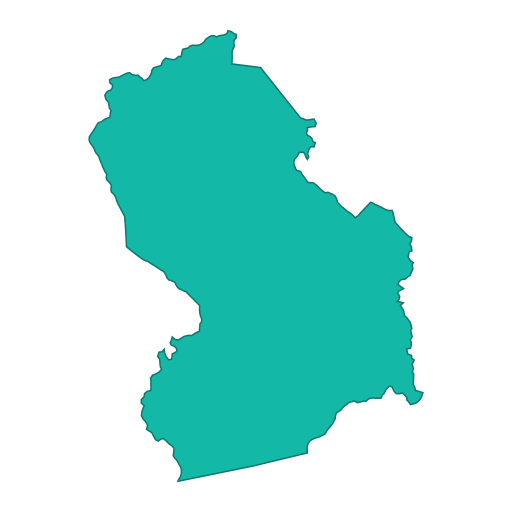 Epitaciolândia, Acre, Brazil
{"feature_id": "56859067B4079075942971", "entity_name": "Epitaciolândia", "entity_type": "district", "adm_level": 2, "iso_a3": "BRA", "parent_name": "Brazil", "parent_adm1": "Acre", "projection": "robinson", "projection_center": [-68.621, -10.879], "detail": "fine", "context": "isolated", "style": "filled", "palette": "teal", "viewbox_px": 512, "rotation_deg": 0, "n_neighbors": 0, "source": "geoboundaries", "source_scale": "gbopen_adm2", "svg_char_len": 4824}
<svg xmlns="http://www.w3.org/2000/svg" viewBox="0 0 512 512"><path d="M152.7,375.0L150.5,378.1L151.0,381.2L150.9,384.1L151.0,387.9L150.7,390.6L147.1,391.4L144.6,393.5L144.1,396.7L141.3,399.6L141.3,403.1L144.3,405.7L143.0,408.5L141.9,411.8L141.4,415.6L143.0,418.9L145.7,421.7L147.6,425.5L146.5,429.3L148.8,430.8L151.7,432.6L153.7,436.3L155.4,439.6L158.4,441.1L160.6,439.2L163.4,438.6L165.9,440.6L167.5,442.3L169.4,444.2L171.5,445.4L174.0,448.2L173.7,452.3L173.2,455.7L174.8,458.2L176.5,459.8L177.8,462.0L179.0,464.2L180.5,466.8L181.4,469.7L181.3,473.4L180.5,476.8L179.1,478.6L177.9,481.3L253.4,465.9L307.4,452.9L307.1,449.4L307.2,446.0L308.2,443.5L309.6,441.4L311.8,439.5L315.5,438.0L319.6,436.8L322.8,435.2L325.0,433.9L327.2,430.3L329.0,427.9L331.1,425.7L333.0,422.9L335.2,418.7L335.7,414.7L336.8,412.4L339.1,411.3L341.1,409.7L342.9,407.4L345.8,405.1L349.4,402.2L352.1,401.7L354.3,400.8L357.5,402.7L360.7,402.0L363.2,401.1L365.7,401.4L368.7,398.8L372.4,397.9L375.9,398.2L379.0,398.3L381.3,397.9L381.9,395.5L384.2,393.4L385.7,390.0L387.7,387.8L389.4,386.1L392.0,386.9L393.1,389.2L394.2,391.5L396.4,393.7L399.5,393.7L402.2,392.8L404.7,395.2L406.8,397.3L406.8,400.0L408.4,401.6L410.5,404.6L413.7,403.9L416.8,402.6L419.3,400.4L421.5,397.1L422.9,392.7L415.3,390.3L414.9,387.6L413.3,384.5L413.7,374.2L412.4,372.1L413.4,368.5L412.2,364.4L414.1,360.0L411.7,358.2L411.6,355.5L407.9,354.2L406.6,348.9L410.3,348.4L411.2,345.4L411.2,342.2L410.4,339.8L412.2,336.7L410.6,330.5L411.8,328.5L410.4,322.6L406.5,317.3L404.5,315.7L403.5,310.3L402.0,308.0L400.3,305.6L403.3,302.8L399.5,301.9L397.3,301.7L399.2,299.1L399.7,296.1L397.6,293.6L398.6,291.2L403.6,288.6L398.0,284.5L398.9,281.9L401.0,279.7L405.5,279.0L408.1,276.6L410.1,275.5L412.9,268.8L412.2,264.7L413.3,262.6L410.4,260.7L408.1,257.2L409.2,251.7L411.9,250.9L411.4,246.9L409.8,243.9L411.4,241.2L411.9,237.5L408.8,236.5L406.5,234.3L404.7,232.7L400.4,228.2L395.2,222.4L393.0,212.8L392.2,210.5L388.4,210.5L385.1,209.4L380.9,207.0L377.5,205.5L375.0,204.5L373.1,203.2L370.6,202.3L360.2,213.2L358.1,215.7L355.0,217.7L353.4,215.8L351.6,214.1L348.9,212.2L346.5,210.8L343.3,207.7L341.4,206.5L339.7,204.6L337.6,202.3L336.7,199.1L335.2,196.1L332.9,194.5L330.1,193.2L327.8,192.2L325.7,192.9L323.6,191.8L320.4,189.0L316.6,185.3L313.8,183.0L311.5,182.7L307.9,182.4L304.6,177.6L302.4,174.9L300.5,171.4L296.3,170.2L294.4,165.4L293.6,162.5L294.6,159.3L297.4,156.0L299.4,152.3L303.7,152.3L305.1,154.7L305.8,157.1L307.4,159.4L308.7,157.2L307.6,153.8L308.8,149.5L310.8,146.6L313.9,147.0L315.4,142.6L313.0,141.8L312.0,138.6L310.4,136.8L307.7,135.4L306.4,133.5L307.4,130.6L307.4,127.6L311.1,126.9L315.1,126.6L316.2,123.0L314.0,119.0L309.5,119.7L306.9,120.2L300.4,117.8L289.2,103.6L287.5,101.6L260.5,67.5L231.9,63.9L232.2,58.2L232.1,54.2L232.2,51.0L233.1,48.8L234.3,46.1L233.8,42.9L234.3,39.9L236.2,37.9L236.3,34.5L233.5,33.3L231.3,31.6L228.0,30.7L226.8,33.7L223.7,35.0L219.0,35.7L216.7,36.9L214.2,35.8L211.5,35.7L208.5,37.2L205.7,39.4L204.4,41.5L202.1,43.5L199.4,45.0L196.0,45.3L192.2,45.3L189.8,46.2L188.2,48.0L185.3,48.6L182.7,49.3L181.9,52.7L181.1,56.6L178.5,56.4L175.6,59.1L173.0,59.7L170.7,59.3L168.4,58.7L165.6,58.2L163.3,60.4L162.1,62.5L161.1,65.5L156.7,66.8L153.6,67.8L151.8,70.4L151.4,73.2L149.2,77.2L146.5,79.7L143.6,80.7L142.4,78.6L140.2,77.2L138.1,75.2L135.6,75.3L132.1,74.6L129.7,72.7L126.8,73.2L124.6,74.2L121.8,75.7L119.3,77.0L115.6,77.6L112.4,78.2L109.6,79.7L109.9,82.8L112.5,85.1L112.3,87.7L110.9,90.0L108.6,90.8L106.4,92.5L104.8,95.5L106.0,99.5L108.3,101.9L108.9,104.7L109.4,108.0L111.0,110.8L110.3,113.2L109.9,117.1L107.0,118.4L104.6,119.3L101.6,121.6L98.4,122.8L96.7,125.1L95.3,127.7L93.2,131.0L91.5,133.5L89.4,136.6L89.1,139.9L90.0,142.6L92.0,145.3L93.5,147.5L94.6,150.0L95.7,152.6L98.1,155.4L99.1,157.5L100.2,160.6L101.6,163.8L102.8,167.0L105.0,171.7L106.7,174.3L106.2,177.7L107.0,180.1L109.2,182.2L111.4,185.3L110.9,188.6L111.2,191.8L114.2,194.6L115.9,197.9L116.7,200.8L118.3,204.5L123.2,213.7L124.6,216.1L125.4,225.7L126.0,236.4L126.5,246.8L132.6,251.8L136.7,254.9L139.9,257.3L144.6,260.4L147.9,261.5L151.0,263.6L153.5,265.1L156.5,267.0L158.8,268.4L160.9,270.0L163.6,271.4L165.7,274.5L166.9,277.8L168.9,280.0L171.4,280.6L174.8,282.3L176.7,286.2L178.9,288.7L181.1,289.6L183.8,291.0L185.9,291.7L196.0,301.8L197.9,303.8L199.7,305.7L199.5,309.4L199.8,312.8L200.4,315.8L201.7,319.0L201.6,321.7L200.0,323.8L199.6,327.8L199.4,331.5L197.2,332.1L194.4,333.7L191.8,335.5L188.1,335.4L184.2,336.4L180.7,338.5L178.3,340.0L174.9,339.4L172.2,336.9L171.3,340.5L170.2,342.8L171.3,345.2L173.5,345.8L175.8,347.5L177.1,350.6L175.3,352.4L172.1,353.9L172.1,356.4L171.4,359.4L168.6,359.7L166.0,356.4L164.5,352.7L164.2,349.3L161.9,351.9L159.0,352.1L157.7,356.4L159.7,359.4L160.0,363.6L160.4,367.0L161.6,369.3L159.2,371.9L155.9,374.0L152.7,375.0Z" fill="#14b8a6" stroke="#0f766e" stroke-width="1.5"/></svg>